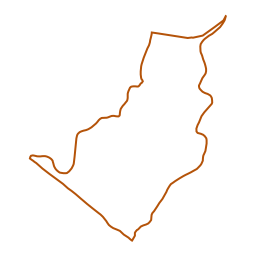 the district of Ocós, San Marcos, Guatemala
{"feature_id": "79465075B29002473426991", "entity_name": "Ocós", "entity_type": "district", "adm_level": 2, "iso_a3": "GTM", "parent_name": "Guatemala", "parent_adm1": "San Marcos", "projection": "albers", "projection_center": [-92.184, 14.559], "detail": "fine", "context": "isolated", "style": "outline", "palette": "amber", "viewbox_px": 256, "rotation_deg": 0, "n_neighbors": 0, "source": "geoboundaries", "source_scale": "gbopen_adm2", "svg_char_len": 3191}
<svg xmlns="http://www.w3.org/2000/svg" viewBox="0 0 256 256"><path d="M151.8,32.5L151.7,33.7L151.5,34.9L151.2,36.2L150.9,37.5L150.2,40.2L149.9,42.3L149.6,43.3L149.1,45.0L148.7,45.9L147.4,48.4L143.8,57.5L141.7,64.0L141.2,66.1L140.7,71.4L140.7,74.5L141.1,77.7L141.4,78.9L142.3,80.1L142.8,81.3L141.9,82.7L140.6,83.6L139.9,84.8L138.9,86.0L138.1,86.5L136.8,86.5L135.8,86.4L134.8,86.3L133.9,86.3L132.0,86.5L131.0,86.8L130.0,87.7L129.1,89.7L128.4,91.3L127.9,92.9L127.7,93.9L127.7,95.7L127.7,97.6L127.6,98.6L127.3,100.1L126.9,101.0L125.8,102.3L124.3,104.2L122.8,105.8L121.5,107.7L120.7,109.0L120.2,111.0L119.9,113.0L119.8,114.4L119.6,115.5L118.6,116.4L117.5,116.4L116.2,116.3L114.1,115.9L112.5,115.9L111.5,116.0L109.9,116.6L108.2,117.3L106.8,117.7L104.9,117.8L102.6,117.9L101.6,118.0L100.1,118.9L98.7,120.2L97.5,121.8L96.0,123.5L91.5,127.3L89.2,128.7L87.9,129.4L86.0,130.1L83.4,130.7L81.3,131.4L79.6,132.2L78.0,133.7L77.4,134.6L77.0,135.7L76.4,138.3L74.6,156.5L74.0,161.7L73.7,163.9L73.1,165.5L71.6,168.4L69.2,171.3L67.0,173.0L66.0,173.2L65.0,173.2L63.5,173.2L60.9,172.8L59.8,172.6L58.7,171.9L57.0,170.5L55.7,169.1L54.6,167.3L54.0,166.0L53.3,163.3L52.8,161.7L52.6,160.7L52.0,159.9L51.2,159.0L49.4,157.7L48.4,157.2L46.7,156.5L44.9,156.1L43.5,156.1L42.0,156.2L40.5,156.4L39.0,156.4L37.0,156.3L36.0,156.0L35.0,155.8L33.7,155.5L32.7,155.4L31.0,155.8L30.3,156.9L29.9,158.5L30.7,159.1L31.7,159.8L33.3,160.9L34.5,161.9L36.2,163.0L38.8,165.3L42.4,168.5L49.4,173.9L62.9,183.8L64.9,185.6L67.9,188.3L71.7,191.0L72.7,191.8L75.5,194.0L80.1,198.0L87.4,204.2L92.4,208.2L95.2,210.4L98.9,213.3L100.5,214.5L102.9,216.8L104.4,218.7L106.3,221.1L107.2,222.6L108.8,224.9L109.5,225.5L111.0,226.7L113.2,228.1L117.4,229.8L119.9,230.9L123.8,234.6L128.6,237.7L129.6,238.7L131.8,240.5L132.1,240.6L134.4,236.6L134.9,235.7L134.9,232.8L135.5,231.8L136.2,230.9L137.0,230.0L138.1,229.4L140.9,226.5L143.3,225.4L146.1,224.5L148.2,223.5L149.6,222.1L151.1,220.1L151.2,219.6L151.4,217.0L151.6,214.9L152.3,213.2L154.1,211.1L155.9,208.4L157.1,206.6L159.4,202.9L162.4,199.0L166.4,191.9L167.2,189.9L168.4,187.8L169.7,185.7L170.9,184.1L173.0,182.7L175.2,181.1L179.6,178.3L183.5,176.0L185.6,174.9L188.1,173.7L190.7,172.4L193.7,170.7L196.8,169.0L198.5,167.3L200.4,165.3L201.3,164.0L201.7,163.2L202.8,160.7L202.9,158.7L203.1,156.8L203.4,155.4L204.3,153.5L205.4,151.0L206.0,147.4L206.6,143.5L206.6,140.0L206.3,138.3L204.8,136.2L203.2,134.8L200.9,133.8L199.3,133.4L197.6,132.9L196.5,131.5L196.4,128.6L197.6,125.1L199.0,122.4L199.9,120.2L201.5,116.2L204.3,112.3L211.7,103.9L212.2,102.7L212.1,100.3L211.8,98.0L211.1,96.6L210.3,95.5L209.5,95.0L207.6,93.9L206.3,93.5L204.7,92.9L202.5,91.7L200.9,90.1L199.6,88.6L199.4,88.2L199.0,86.7L199.0,85.5L200.0,83.5L201.0,81.2L202.4,78.1L203.6,76.4L204.7,74.9L205.6,73.4L206.1,71.3L206.1,68.8L205.5,66.1L204.9,63.9L204.4,62.4L203.2,59.4L202.1,55.6L201.3,53.7L200.9,52.9L200.5,51.2L200.4,48.6L200.3,46.4L200.7,44.1L202.1,41.9L203.6,40.0L205.0,38.7L209.0,35.7L212.2,33.9L214.5,32.0L217.2,29.6L220.0,27.2L220.8,26.1L222.7,23.5L224.5,20.5L224.8,19.7L226.0,15.5L226.1,15.4L223.5,20.4L214.7,27.0L202.7,35.6L193.0,37.7L191.6,37.5L187.7,38.0L158.0,33.4L151.8,32.5Z" fill="none" stroke="#b45309" stroke-width="2"/></svg>